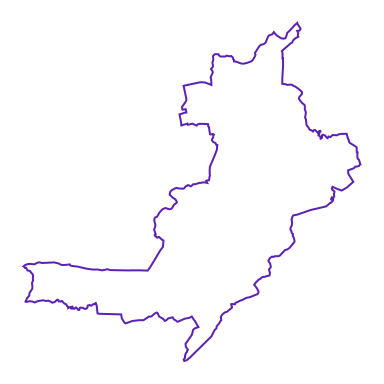 Pleiku, Gia Lai, Vietnam (orthographic projection)
{"feature_id": "81297802B26419635481013", "entity_name": "Pleiku", "entity_type": "district", "adm_level": 2, "iso_a3": "VNM", "parent_name": "Vietnam", "parent_adm1": "Gia Lai", "projection": "orthographic", "projection_center": [107.982, 13.96], "detail": "fine", "context": "isolated", "style": "outline", "palette": "violet", "viewbox_px": 384, "rotation_deg": 0, "n_neighbors": 0, "source": "geoboundaries", "source_scale": "gbopen_adm2", "svg_char_len": 5941}
<svg xmlns="http://www.w3.org/2000/svg" viewBox="0 0 384 384"><path d="M211.0,69.0L212.4,71.0L212.8,72.1L212.6,72.9L210.6,77.4L211.2,79.6L211.4,84.9L205.3,82.6L201.5,82.2L199.4,82.4L183.6,85.8L186.4,99.1L186.2,100.5L185.5,102.0L182.0,106.9L182.3,109.2L182.6,109.7L185.7,109.2L186.4,112.5L184.1,112.8L182.0,113.7L179.5,114.3L181.2,123.0L181.3,125.4L187.5,123.6L187.9,124.8L192.4,123.7L196.6,125.6L197.7,124.3L199.8,123.8L208.7,124.1L208.4,124.2L208.1,125.9L208.3,126.5L208.9,127.0L210.0,134.2L210.6,134.5L213.0,134.0L213.9,134.7L213.3,135.5L213.2,137.3L212.1,139.0L212.0,140.4L213.3,142.1L215.3,142.9L216.5,145.1L217.3,145.0L216.8,149.9L215.0,154.7L209.9,166.8L209.6,171.7L209.8,172.8L209.6,173.7L210.0,175.4L209.4,177.2L209.2,179.9L208.8,180.3L207.2,180.4L206.2,180.9L207.2,182.9L204.7,182.4L201.9,182.5L201.2,182.9L199.4,182.9L195.3,184.2L193.3,184.2L191.0,186.3L190.3,186.2L188.9,185.3L187.5,185.2L186.7,186.0L185.5,186.5L184.3,188.2L183.3,188.7L178.4,188.4L176.7,187.9L175.4,188.2L171.9,190.1L170.5,191.4L169.7,193.8L169.8,195.0L173.5,198.2L175.1,199.1L176.1,200.4L176.9,202.3L175.8,203.5L174.5,204.3L173.7,205.2L172.3,207.7L170.9,209.0L169.3,209.3L165.4,208.0L162.4,209.3L159.4,212.6L157.2,216.6L155.3,217.4L154.5,218.5L154.3,220.7L155.4,225.0L155.1,226.9L154.1,229.7L155.7,234.2L154.7,234.9L155.3,236.3L156.0,236.4L156.8,237.5L157.6,237.7L158.4,237.1L159.1,237.0L162.2,239.9L163.5,240.5L163.0,246.2L162.9,246.9L160.2,250.5L150.2,267.2L147.7,270.6L139.0,270.3L126.5,270.4L110.6,270.1L107.0,269.2L105.5,269.8L103.5,269.9L102.6,270.4L97.3,269.5L93.4,269.6L86.5,268.7L78.2,266.7L71.1,265.8L70.1,265.2L69.8,264.4L64.3,265.0L61.3,264.9L58.6,263.5L54.0,262.4L42.1,263.0L39.4,262.3L37.8,262.6L34.3,264.3L30.0,263.9L27.6,264.1L25.1,265.1L23.7,266.2L24.1,266.3L24.4,267.2L24.8,267.4L25.1,268.0L26.2,267.9L27.4,270.3L27.9,270.6L29.9,270.9L31.3,272.9L32.5,274.0L33.1,275.6L32.8,278.7L33.1,280.4L32.0,282.9L32.4,286.7L32.3,288.7L29.5,293.0L29.2,295.7L27.1,298.2L25.5,301.7L25.9,301.9L30.0,301.2L32.3,301.5L34.7,302.5L38.1,301.0L43.1,300.3L46.1,301.0L48.2,300.6L49.9,301.4L50.9,301.6L52.2,302.7L54.6,302.1L56.9,299.9L57.6,299.7L58.4,300.2L58.7,301.3L60.6,301.6L61.6,301.0L62.2,301.1L64.0,303.3L66.2,304.4L67.2,306.2L68.2,306.8L68.2,308.1L70.1,307.1L71.1,308.5L71.6,308.6L71.8,306.8L72.3,306.6L73.4,308.6L74.4,308.8L75.8,307.5L76.2,307.5L78.3,310.0L79.3,309.9L79.7,308.0L80.3,307.6L82.8,307.8L84.6,308.9L86.5,308.7L87.5,307.3L87.7,305.6L89.7,305.0L91.1,305.7L91.6,305.6L93.3,304.1L94.6,304.2L95.4,303.1L95.8,303.0L96.7,305.8L97.5,313.4L99.5,313.8L121.2,314.4L121.7,317.9L122.2,319.1L124.6,322.8L125.4,323.3L126.5,323.1L132.3,321.0L138.8,320.2L143.5,320.2L149.0,316.5L150.5,316.7L151.7,316.2L154.6,313.6L156.8,312.5L157.6,313.1L159.2,316.6L163.2,318.9L164.9,320.9L166.2,320.3L168.3,318.4L172.6,317.3L173.9,319.4L175.9,320.5L176.9,321.5L177.9,321.7L184.7,318.7L189.5,317.8L191.8,316.5L193.9,319.8L194.8,320.8L198.4,327.1L194.7,328.4L193.3,329.7L192.9,330.5L192.5,332.7L191.8,334.9L185.5,343.9L185.9,346.8L187.9,349.8L187.1,350.8L186.9,351.9L185.7,353.4L185.6,354.4L185.0,355.6L185.0,357.7L183.7,359.6L184.3,361.0L186.5,360.3L189.9,357.6L211.5,336.3L214.7,329.9L216.4,328.4L216.7,326.3L219.2,323.3L220.4,321.1L221.3,320.2L220.8,316.8L222.0,314.9L224.6,312.5L226.9,311.8L231.9,307.7L232.0,306.9L231.4,305.4L231.2,304.2L232.3,304.0L234.8,304.3L235.3,303.9L235.5,302.9L236.0,302.5L237.3,302.2L240.0,300.7L243.2,299.6L246.2,297.9L250.1,297.1L257.2,294.2L257.8,293.7L258.5,292.5L258.4,291.0L256.8,288.1L254.2,284.7L256.4,281.8L257.1,281.4L258.5,279.7L260.3,278.8L261.6,277.5L262.7,277.0L265.1,276.8L266.5,276.1L268.8,275.8L269.7,275.1L269.9,272.8L269.0,269.5L270.7,267.3L270.8,266.6L270.1,263.4L268.7,261.7L268.4,260.8L270.0,257.9L272.1,256.6L273.2,257.0L274.8,256.2L278.4,256.2L279.7,255.7L285.1,250.0L287.2,249.5L289.4,248.0L294.4,242.0L294.5,240.8L293.9,237.9L292.7,235.9L293.0,234.2L291.7,232.9L291.5,231.3L290.4,229.5L290.7,227.5L291.9,225.2L292.1,221.8L291.5,219.6L292.1,218.5L292.3,216.9L293.3,215.4L297.4,214.6L310.7,210.0L326.2,206.4L329.4,203.6L331.5,202.3L333.1,200.3L333.1,199.7L331.3,199.6L331.1,199.1L331.9,197.3L333.3,198.0L334.3,196.2L333.9,194.2L334.5,191.8L334.1,191.1L332.2,189.7L331.9,188.6L332.5,186.8L337.6,189.1L341.8,190.5L347.2,187.3L353.3,181.8L348.5,174.1L348.1,172.9L348.2,170.3L354.0,168.2L355.1,166.7L356.4,166.7L359.1,165.9L359.9,164.3L360.3,164.3L359.0,159.9L357.7,158.6L357.3,156.4L357.5,152.4L356.8,152.4L356.6,147.1L349.7,142.8L349.0,141.7L348.8,140.3L348.0,138.7L346.6,133.8L341.4,133.9L338.5,134.4L337.3,135.2L336.7,135.3L332.6,135.0L330.4,137.1L328.5,136.5L327.6,138.2L326.4,137.3L325.3,135.7L323.0,134.7L322.0,135.3L322.1,137.7L320.8,138.8L320.5,138.6L320.5,137.4L320.1,136.4L318.5,135.4L319.4,133.7L319.3,132.6L320.5,131.6L320.2,130.9L319.3,131.0L317.8,132.9L317.1,131.9L315.0,130.0L313.7,130.3L313.0,131.5L311.5,130.3L309.7,129.8L308.3,127.3L306.7,125.3L306.4,124.3L306.0,119.7L305.1,117.7L305.9,112.3L304.8,109.3L304.8,105.8L304.6,105.1L301.6,102.5L299.1,99.1L298.9,98.2L299.2,97.2L302.0,93.8L301.9,92.0L300.3,90.4L297.6,88.2L295.2,86.5L293.4,85.9L292.2,84.8L290.0,84.6L287.5,84.9L284.5,84.0L282.3,83.8L282.3,78.7L283.1,65.1L283.0,58.2L282.5,58.3L282.5,52.6L281.8,51.1L290.7,43.3L292.2,42.5L293.2,40.2L293.9,39.6L295.6,38.1L298.3,36.8L297.9,36.1L297.8,35.1L298.3,33.3L297.2,30.9L299.5,30.6L300.4,29.4L300.5,28.8L300.1,27.8L297.4,23.9L297.2,23.0L294.5,25.3L290.2,30.2L287.2,32.9L286.5,35.7L285.4,38.3L283.6,38.6L281.6,38.5L276.6,35.4L273.8,32.1L272.4,34.2L268.7,35.6L267.6,37.6L265.7,42.5L263.6,44.2L260.8,44.8L259.6,45.9L258.4,47.6L255.1,52.7L255.0,53.2L255.5,54.8L255.0,56.2L253.0,59.7L251.6,61.2L247.4,62.8L243.6,63.7L242.0,63.6L240.5,63.3L236.6,61.8L234.0,61.4L234.0,60.1L233.3,59.5L232.9,57.6L231.2,56.0L229.5,56.3L226.6,55.7L225.2,56.5L220.4,56.5L219.0,55.4L218.6,54.3L215.0,54.1L213.0,56.0L213.3,59.2L212.9,61.4L212.4,62.5L213.0,66.2L212.8,66.8L211.0,69.0Z" fill="none" stroke="#5b21b6" stroke-width="2"/></svg>